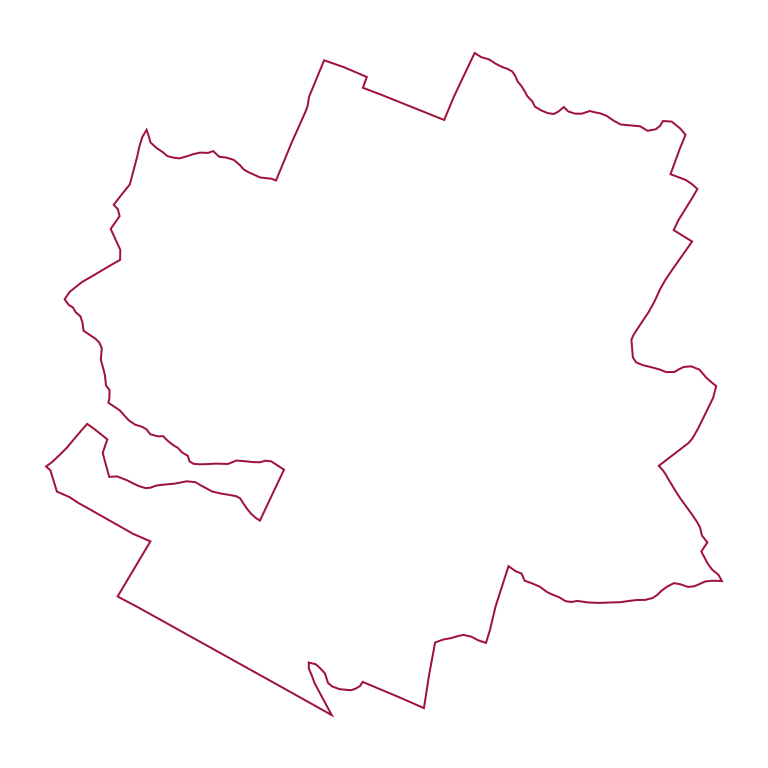 Kiambu, Central, Kenya (orthographic projection)
{"feature_id": "3690345B45864022138182", "entity_name": "Kiambu", "entity_type": "district", "adm_level": 2, "iso_a3": "KEN", "parent_name": "Kenya", "parent_adm1": "Central", "projection": "orthographic", "projection_center": [36.843, -1.158], "detail": "fine", "context": "isolated", "style": "outline", "palette": "rose", "viewbox_px": 768, "rotation_deg": 0, "n_neighbors": 0, "source": "geoboundaries", "source_scale": "gbopen_adm2", "svg_char_len": 3679}
<svg xmlns="http://www.w3.org/2000/svg" viewBox="0 0 768 768"><path d="M146.6,129.8L142.3,137.1L139.4,146.3L137.3,156.2L129.8,184.5L122.3,193.7L113.7,204.8L117.8,209.1L119.6,216.2L110.7,228.9L120.3,249.9L120.1,259.9L111.7,264.6L97.7,272.9L81.9,282.1L69.6,291.9L64.6,299.3L68.8,305.0L72.9,307.4L75.8,312.4L80.4,316.3L82.5,322.7L83.5,330.7L89.6,334.8L95.3,338.6L99.3,342.6L101.8,348.2L100.8,359.6L102.8,366.9L104.9,375.0L106.0,385.5L109.5,389.9L109.4,398.1L108.4,402.8L114.3,406.7L119.9,410.5L124.1,415.2L128.6,420.2L135.2,424.7L141.8,426.7L146.2,429.1L150.2,434.2L158.0,436.4L163.2,436.2L167.8,440.9L173.3,445.2L177.9,447.9L182.1,452.5L187.9,455.9L189.4,461.2L193.5,463.8L199.6,464.3L207.4,464.1L214.2,463.7L219.5,463.7L227.8,464.0L236.5,460.5L244.4,461.2L253.1,462.1L260.0,462.3L265.4,460.7L271.3,461.4L277.6,465.5L284.0,469.7L259.9,520.6L255.7,517.9L250.7,513.3L246.8,508.5L243.7,504.0L240.1,498.3L235.9,496.1L229.2,494.9L220.0,493.4L211.9,491.4L205.0,487.6L200.8,485.4L195.5,482.2L186.7,481.3L175.0,483.6L163.4,484.7L156.1,485.6L150.5,487.7L145.5,488.1L139.1,486.2L132.9,483.3L127.1,480.3L117.2,476.4L109.2,476.9L102.7,453.0L107.3,439.3L93.5,428.4L87.2,423.9L81.6,430.2L70.6,443.2L67.4,447.1L60.7,453.9L52.4,461.8L46.1,466.5L50.4,470.3L56.9,491.6L69.5,497.1L74.1,500.1L78.1,502.8L95.4,512.5L132.8,533.7L150.4,541.4L117.6,596.5L138.0,607.3L279.5,685.9L331.7,715.1L314.6,683.2L311.4,674.5L308.8,668.6L308.8,662.5L315.6,664.2L319.3,667.4L324.9,673.3L328.0,682.9L332.2,686.5L339.8,689.2L346.2,689.8L351.1,690.2L355.7,688.6L360.0,686.0L362.7,681.9L400.0,697.6L423.9,708.1L425.0,701.3L428.8,676.6L435.1,642.5L443.3,639.5L451.1,638.1L457.9,636.1L463.5,634.9L471.4,636.7L478.2,640.3L486.0,642.9L489.8,630.6L495.6,606.3L508.5,566.2L516.0,571.4L521.6,573.6L524.7,580.7L531.4,583.1L539.7,586.6L547.1,592.1L553.4,595.0L559.2,597.3L565.6,601.2L571.7,602.0L577.2,600.9L588.4,602.5L599.8,602.9L609.1,602.5L620.4,602.2L629.8,600.8L637.0,600.0L645.3,599.9L652.6,598.0L657.6,594.7L661.3,590.9L666.8,586.8L674.0,583.1L680.4,584.3L688.0,586.9L694.3,586.3L698.9,584.3L705.4,581.4L711.9,580.8L716.8,580.8L721.9,581.1L718.6,575.0L712.2,569.6L707.9,564.0L701.3,551.5L707.4,542.4L702.0,535.6L700.0,527.4L697.0,521.9L692.0,514.5L679.9,497.8L674.8,489.8L671.7,484.6L668.4,479.3L665.9,474.7L662.9,470.4L658.8,465.8L688.5,443.0L692.4,438.5L698.1,428.5L713.1,397.9L716.2,386.1L710.3,381.3L706.2,377.6L699.4,369.6L691.0,366.3L683.7,367.0L678.9,369.3L674.4,372.0L666.3,372.1L659.4,369.4L649.4,366.7L642.6,365.1L636.1,362.3L632.9,357.5L631.4,339.9L633.2,335.6L636.0,331.0L643.0,320.5L648.5,312.3L653.9,302.6L656.5,297.1L660.3,288.8L665.4,279.8L669.2,274.2L672.4,269.5L680.1,258.6L683.9,253.2L692.1,241.5L673.7,230.2L678.2,220.5L692.6,197.3L697.4,189.0L692.4,184.5L686.1,180.1L670.5,174.2L679.9,148.5L683.2,140.6L685.5,134.7L680.0,128.3L671.7,121.6L663.0,121.0L660.0,126.0L655.6,129.3L647.5,130.8L640.2,126.3L620.7,124.5L614.2,121.0L606.5,115.8L600.1,113.3L594.7,112.3L589.9,111.0L581.7,113.7L575.4,113.7L568.3,111.5L563.8,107.0L558.8,111.3L553.8,114.0L547.8,113.1L541.4,110.5L535.1,106.8L532.2,101.3L527.2,96.0L524.7,91.3L521.4,86.0L517.6,81.5L515.1,75.6L512.2,71.4L507.7,68.9L503.2,67.4L498.7,65.3L494.6,63.1L489.3,59.5L481.1,57.1L474.7,52.9L458.5,86.9L453.3,98.0L444.2,120.0L381.6,94.9L362.9,87.8L366.8,77.0L343.7,67.1L324.1,60.3L309.1,96.7L307.5,106.4L305.5,111.7L291.8,142.3L276.0,180.5L271.4,178.7L260.2,177.5L253.2,174.3L248.0,172.0L243.5,169.2L239.6,164.8L233.8,159.9L226.4,157.6L219.2,156.7L213.2,151.1L208.0,152.9L200.2,152.6L192.9,154.2L187.5,156.1L179.4,158.4L173.3,157.6L167.4,156.1L163.3,152.6L156.6,148.0L150.5,142.5L148.7,136.0L146.6,129.8Z" fill="none" stroke="#9f1239" stroke-width="2"/></svg>